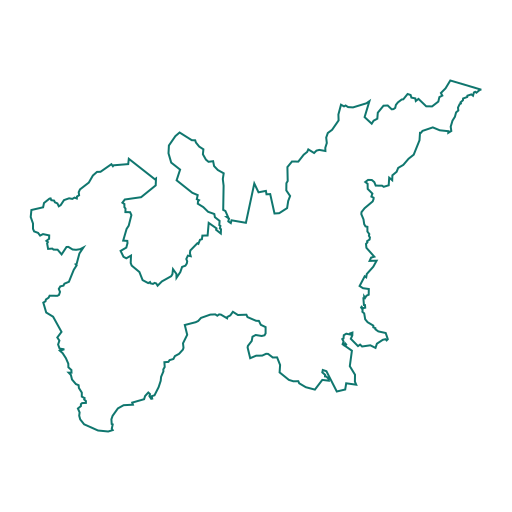 outline of Tehuacán, Puebla, Mexico
{"feature_id": "50627088B19866902668175", "entity_name": "Tehuacán", "entity_type": "district", "adm_level": 2, "iso_a3": "MEX", "parent_name": "Mexico", "parent_adm1": "Puebla", "projection": "natural_earth1", "projection_center": [-97.424, 18.466], "detail": "fine", "context": "isolated", "style": "outline", "palette": "teal", "viewbox_px": 512, "rotation_deg": 0, "n_neighbors": 0, "source": "geoboundaries", "source_scale": "gbopen_adm2", "svg_char_len": 5992}
<svg xmlns="http://www.w3.org/2000/svg" viewBox="0 0 512 512"><path d="M84.1,424.3L98.0,430.5L108.2,431.5L112.7,430.1L111.8,428.6L112.7,424.4L111.7,424.0L111.4,419.3L112.6,415.8L117.9,408.4L123.6,405.2L132.9,404.7L132.2,402.6L144.1,399.2L145.1,396.0L148.3,392.5L150.0,394.1L149.4,396.1L151.2,398.8L152.2,398.6L151.7,396.2L154.5,395.3L158.6,387.2L160.7,380.8L161.1,376.8L163.4,371.4L163.3,369.4L164.7,367.0L164.4,362.2L168.4,361.9L169.6,360.1L173.4,359.0L174.9,356.1L179.1,353.8L182.9,349.6L183.5,347.8L183.0,343.3L187.2,334.8L184.8,325.0L195.7,322.2L198.2,321.0L201.0,317.9L210.3,314.6L215.3,314.4L217.3,315.7L219.1,314.4L220.9,314.6L227.1,318.3L227.4,316.9L230.3,315.4L232.9,311.8L237.9,315.0L246.4,314.7L247.5,317.1L256.1,320.8L258.9,320.9L260.8,324.8L265.6,327.1L265.6,333.4L264.5,335.3L261.7,336.0L255.7,335.0L252.5,336.7L251.7,341.0L247.9,345.9L247.6,347.5L250.2,358.2L256.1,355.7L262.2,355.6L266.1,353.8L268.1,353.9L272.8,357.5L277.1,357.4L280.1,365.0L279.6,372.4L288.9,379.9L293.4,381.3L298.3,381.2L299.2,383.3L305.8,387.2L314.9,389.6L322.3,379.9L328.8,380.7L328.5,378.7L326.4,376.6L325.0,376.4L325.1,374.8L322.3,372.4L322.8,370.0L326.4,371.2L336.8,391.5L345.2,389.5L346.2,383.3L356.2,384.7L354.9,381.6L355.0,374.7L349.8,366.2L351.9,350.7L345.2,346.0L346.2,344.5L345.2,343.4L344.0,345.3L342.6,344.2L343.6,341.6L342.3,339.1L343.5,338.5L343.8,335.2L346.3,333.7L350.6,334.6L350.2,333.4L352.4,332.6L352.3,335.5L350.8,338.8L358.0,346.1L360.1,344.6L362.1,346.5L370.3,345.3L375.5,347.9L376.9,343.7L382.8,339.8L385.5,339.2L386.6,340.4L387.8,339.2L385.7,333.0L378.3,331.4L375.4,329.3L375.4,328.2L373.3,327.3L373.3,325.6L367.6,322.2L365.2,319.3L364.2,313.4L362.4,311.8L362.6,309.6L361.1,307.5L361.6,306.8L362.8,308.2L365.2,307.7L365.0,305.1L363.9,305.0L363.4,298.3L364.2,298.3L364.2,296.5L365.1,297.9L366.5,295.7L368.7,294.7L368.8,289.0L363.0,288.2L359.6,286.0L364.7,276.3L366.2,277.3L366.8,274.0L373.3,266.7L376.6,260.7L369.6,260.9L371.1,257.6L374.3,256.7L366.4,247.8L366.0,243.9L367.4,242.4L367.1,241.2L369.6,239.5L369.9,237.4L368.9,235.8L369.3,234.1L367.4,231.5L367.4,226.8L365.5,226.4L364.2,224.2L363.5,219.4L361.3,214.1L361.5,212.1L364.6,208.2L372.7,201.4L373.6,198.9L373.6,197.7L371.4,196.6L372.4,193.6L367.7,188.9L367.6,183.8L365.3,182.0L368.1,179.9L371.8,180.0L374.3,182.1L375.7,185.6L382.1,185.7L383.7,186.8L388.7,185.3L389.2,177.7L392.2,180.2L392.4,175.3L396.6,171.8L398.2,167.9L403.3,164.9L408.6,158.7L413.7,154.7L419.5,140.3L420.0,132.8L421.0,132.8L422.5,130.9L432.8,127.4L439.8,130.3L448.4,131.2L448.3,132.8L451.3,131.0L450.7,126.7L452.5,120.6L454.9,116.8L456.1,112.4L458.3,110.5L458.0,107.6L459.6,104.2L460.9,103.5L460.5,102.4L462.9,100.3L463.1,98.5L467.2,97.0L467.4,95.7L471.3,94.4L473.0,95.7L473.9,92.5L475.2,91.8L476.4,92.7L479.9,89.8L481.3,89.7L450.3,80.5L445.5,88.4L440.9,93.0L442.3,95.6L439.4,97.1L438.3,101.6L432.1,106.4L426.2,106.3L418.5,98.9L415.8,101.0L415.3,98.4L411.4,97.6L410.6,95.0L407.6,94.0L403.3,99.3L401.7,99.5L397.9,102.4L395.9,104.9L395.2,107.9L393.5,109.1L391.7,109.3L387.7,105.5L383.5,105.7L377.8,112.7L377.3,118.7L373.6,120.7L371.7,123.7L364.6,117.1L369.4,101.2L366.4,103.3L353.0,107.4L348.1,107.1L345.6,105.5L344.0,106.4L341.0,104.7L338.4,114.5L338.6,120.4L332.1,129.8L327.8,133.0L326.2,137.6L326.8,143.0L325.3,147.8L325.4,151.0L319.3,149.9L316.5,150.6L314.1,153.0L308.3,149.4L307.2,151.9L303.7,154.7L298.3,161.6L292.0,161.5L287.4,167.1L287.7,181.0L286.4,183.2L286.3,190.4L290.1,196.0L288.2,201.0L287.1,208.1L279.2,213.2L274.5,213.5L270.2,194.1L266.5,194.3L265.9,190.9L258.5,192.3L254.3,183.5L245.9,222.8L231.5,220.3L230.8,223.1L228.3,221.4L229.0,218.6L226.6,216.9L227.9,216.7L225.4,211.0L223.2,209.9L223.6,185.7L222.8,179.0L223.7,173.3L217.8,170.0L214.1,166.1L213.1,161.2L208.5,161.8L205.9,159.6L202.9,154.3L203.4,149.3L199.2,146.6L195.9,142.5L195.2,140.3L191.8,140.2L179.6,132.5L175.4,136.1L168.9,145.5L168.5,153.3L171.2,162.6L180.1,169.6L176.6,180.3L192.3,192.8L197.7,195.1L196.8,199.2L199.0,200.2L198.0,201.4L197.8,203.7L203.3,207.1L208.1,211.8L214.3,214.0L214.9,217.2L219.6,220.9L219.3,225.1L220.4,225.9L219.9,228.5L221.0,229.2L220.8,233.5L216.1,229.8L216.5,228.4L208.7,222.9L207.6,235.5L202.4,235.6L201.9,239.2L200.0,239.8L198.4,243.8L197.4,243.2L190.3,250.5L189.9,253.2L190.7,256.2L187.9,255.6L186.3,259.0L187.2,261.3L186.8,263.5L185.4,265.7L182.1,266.9L180.3,272.1L176.5,277.8L176.4,273.9L173.0,269.2L172.4,274.2L171.2,276.2L161.9,281.4L157.6,285.7L156.3,283.5L154.6,282.9L153.0,283.9L150.4,283.3L150.0,282.1L148.2,283.1L142.6,280.1L139.4,272.0L131.7,265.6L130.7,263.0L131.0,255.6L126.3,258.3L123.5,256.8L120.6,250.9L126.3,247.6L127.5,243.1L127.3,240.9L123.2,240.6L126.6,228.9L128.7,225.7L131.4,215.1L130.1,212.2L125.4,212.1L125.5,208.6L124.4,207.2L124.4,204.0L122.4,202.7L124.8,199.5L141.1,197.2L155.7,185.4L156.0,178.5L154.9,179.3L128.8,158.8L128.2,164.1L113.6,165.3L112.9,166.2L111.4,164.2L100.5,171.8L97.0,171.9L92.9,175.5L88.8,182.6L80.0,189.4L78.7,192.2L79.1,195.3L77.0,196.5L76.8,198.5L74.6,197.6L72.3,198.9L69.1,198.3L64.0,200.1L60.7,205.1L58.8,206.3L57.4,203.4L54.9,202.3L54.1,200.6L51.3,200.2L50.6,198.4L49.5,198.6L44.0,203.0L43.1,207.3L31.4,210.0L30.7,217.0L33.0,223.5L33.0,228.8L34.1,231.4L38.1,232.9L40.1,235.6L43.0,234.1L49.2,235.4L49.1,238.8L46.4,240.9L47.9,242.1L47.1,243.4L48.1,248.9L52.3,248.6L53.5,249.6L57.6,249.7L61.6,254.4L66.5,247.0L68.4,246.9L72.6,249.5L76.1,249.8L80.1,249.2L83.4,247.5L79.4,253.5L76.6,264.0L75.7,264.3L76.6,265.4L73.8,269.7L68.9,281.8L64.4,283.7L63.5,285.6L60.3,286.4L58.8,288.9L60.0,291.9L59.0,294.9L57.4,295.8L49.6,295.7L48.6,297.7L45.9,299.5L45.5,301.3L43.3,302.6L46.2,312.5L53.1,316.7L61.5,331.9L57.3,337.5L59.4,340.6L58.1,344.5L59.6,348.6L64.3,349.3L59.9,350.7L62.6,353.1L65.9,358.2L68.3,363.7L68.4,367.3L71.4,370.0L71.5,372.7L68.7,372.7L70.9,375.0L72.0,379.5L75.9,384.1L78.6,385.2L78.9,388.0L81.8,392.6L81.8,396.6L84.6,398.1L84.2,399.5L85.9,401.0L85.9,402.9L82.1,403.1L80.9,404.2L80.9,406.1L77.9,408.5L79.6,412.4L79.2,415.7L80.2,419.4L84.1,424.3Z" fill="none" stroke="#0f766e" stroke-width="2"/></svg>